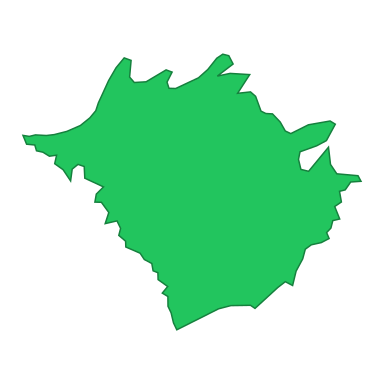 the district of Esperança do Sul, Rio Grande do Sul, Brazil
{"feature_id": "56859067B78781577060325", "entity_name": "Esperança do Sul", "entity_type": "district", "adm_level": 2, "iso_a3": "BRA", "parent_name": "Brazil", "parent_adm1": "Rio Grande do Sul", "projection": "robinson", "projection_center": [-54.015, -27.331], "detail": "fine", "context": "isolated", "style": "filled", "palette": "green", "viewbox_px": 384, "rotation_deg": 0, "n_neighbors": 0, "source": "geoboundaries", "source_scale": "gbopen_adm2", "svg_char_len": 1461}
<svg xmlns="http://www.w3.org/2000/svg" viewBox="0 0 384 384"><path d="M124.2,57.9L116.1,67.7L108.6,80.6L101.7,95.7L98.4,102.8L95.8,110.7L89.8,117.9L80.4,125.5L66.8,131.4L54.2,134.6L46.4,135.5L35.4,134.9L29.3,136.4L23.0,135.4L26.6,144.2L34.8,145.0L36.5,150.8L42.9,152.2L49.4,156.2L56.6,155.2L54.7,163.7L63.1,169.7L70.6,180.9L72.2,169.1L78.0,164.4L84.2,166.5L84.8,178.2L103.5,186.9L96.3,194.1L94.9,202.1L101.4,202.3L108.8,212.5L105.2,223.6L117.0,220.9L120.6,228.4L118.8,235.4L125.6,241.2L125.8,247.0L140.1,253.2L144.3,259.5L151.8,263.5L153.1,270.8L157.9,272.7L158.1,279.6L167.7,286.5L162.3,293.1L167.9,296.5L168.0,306.3L171.1,312.8L173.5,322.9L176.8,329.8L218.6,308.8L230.9,305.6L250.5,305.3L255.0,308.4L277.8,287.5L285.3,281.7L292.6,285.5L296.1,271.1L302.7,258.9L305.3,249.2L311.3,244.8L321.3,242.6L329.1,238.5L326.6,232.6L330.9,228.1L332.8,220.6L339.7,219.0L334.7,206.5L341.4,202.0L339.5,191.3L345.2,189.9L350.7,182.0L361.0,181.3L358.0,175.7L336.8,173.8L330.5,164.4L328.5,147.2L308.6,171.3L300.9,169.4L298.5,159.4L300.0,151.8L316.7,145.8L326.4,140.6L335.3,124.2L330.1,121.0L308.4,124.8L290.8,133.6L285.3,131.0L280.2,122.0L272.5,113.9L265.8,113.5L261.0,111.1L255.6,96.3L250.5,91.9L237.6,93.3L249.7,74.6L230.1,73.4L217.3,76.1L233.1,64.0L228.8,55.7L222.8,54.2L216.8,58.2L207.8,69.5L198.5,77.8L175.7,88.5L169.0,88.3L167.0,82.1L172.1,72.1L166.1,69.9L146.1,81.8L134.3,82.5L129.6,77.1L131.1,60.4L124.2,57.9Z" fill="#22c55e" stroke="#15803d" stroke-width="1.5"/></svg>